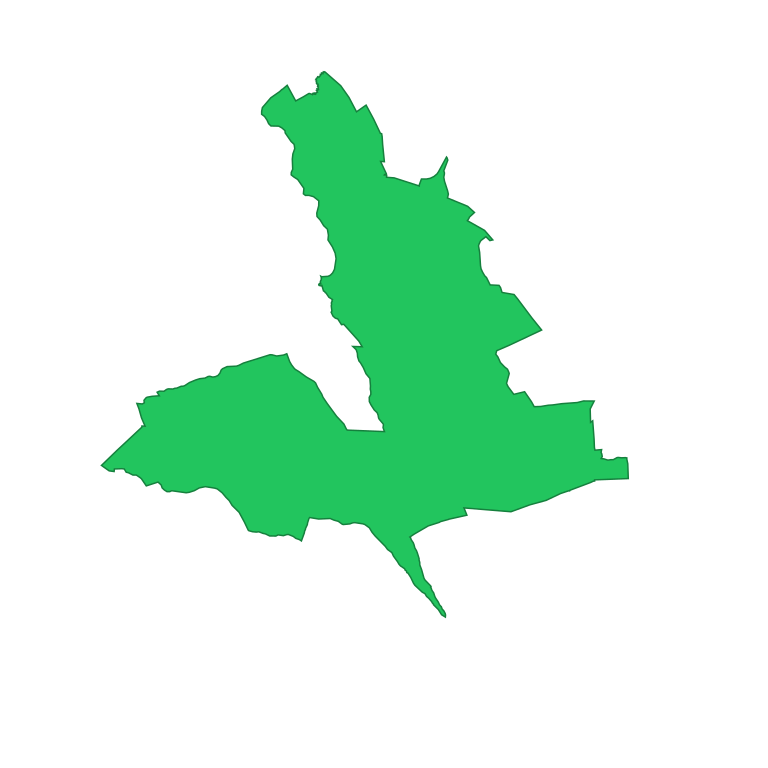 Cornu Luncii, Suceava, Romania, rotated 34°
{"feature_id": "2599482B28823747254243", "entity_name": "Cornu Luncii", "entity_type": "district", "adm_level": 2, "iso_a3": "ROU", "parent_name": "Romania", "parent_adm1": "Suceava", "projection": "natural_earth1", "projection_center": [26.137, 47.454], "detail": "fine", "context": "isolated", "style": "filled", "palette": "green", "viewbox_px": 768, "rotation_deg": 34, "n_neighbors": 0, "source": "geoboundaries", "source_scale": "gbopen_adm2", "svg_char_len": 6170}
<svg xmlns="http://www.w3.org/2000/svg" viewBox="0 0 768 768"><g transform="rotate(34 384 384)"><path d="M403.3,560.3L401.3,552.3L400.3,549.9L400.3,548.8L399.7,547.5L399.1,543.5L398.3,541.9L397.0,537.5L397.0,536.3L405.3,532.5L414.6,525.6L418.8,524.8L422.9,523.4L427.8,523.6L428.8,523.3L433.9,519.1L435.7,516.6L437.4,515.2L444.8,511.7L446.8,511.2L452.3,511.4L457.0,513.6L461.7,515.0L475.9,517.9L479.5,519.2L484.8,519.4L488.1,521.4L494.7,523.8L497.1,525.0L499.4,525.6L504.1,525.6L505.0,525.9L505.6,526.5L507.1,526.4L508.1,527.4L508.9,527.6L509.5,527.3L514.3,529.4L519.9,532.7L522.2,533.6L532.1,535.2L535.2,534.9L538.1,536.3L540.8,536.6L545.3,537.8L546.5,538.5L547.9,538.7L548.4,539.3L555.2,540.6L560.8,543.1L565.2,542.9L564.2,541.1L563.0,540.0L560.2,538.5L558.1,538.1L556.1,536.6L553.7,536.1L550.9,534.4L546.5,532.6L544.9,531.7L542.0,529.4L539.0,528.2L537.0,526.6L536.3,526.5L536.1,526.1L536.2,525.6L535.6,525.3L527.7,523.6L525.8,522.7L519.0,516.9L514.9,514.0L513.3,511.8L511.5,510.3L510.7,509.1L506.1,505.4L504.1,504.0L501.3,502.7L498.8,500.5L497.1,499.3L493.5,497.8L491.9,496.5L491.0,496.4L493.0,491.5L500.1,476.8L507.3,467.7L507.7,466.6L513.3,460.1L513.4,459.8L526.1,446.4L519.6,442.0L560.7,418.9L572.5,402.6L583.5,389.8L591.6,376.1L596.8,369.3L597.7,368.8L597.6,368.1L600.0,364.7L610.3,350.2L611.9,347.5L612.9,346.6L612.2,345.7L639.4,325.8L630.7,313.8L627.2,310.4L626.7,309.5L625.4,310.0L622.3,312.3L619.1,314.0L618.3,314.8L616.4,318.5L614.4,319.9L612.2,321.9L608.2,323.1L605.7,324.3L605.5,322.1L603.7,320.2L602.2,319.3L601.1,316.7L595.9,320.9L593.9,318.9L588.9,312.1L577.6,297.8L576.7,300.3L568.9,289.4L567.8,280.6L558.9,286.5L554.6,291.3L542.5,300.8L535.6,307.0L532.1,309.7L526.5,315.0L521.2,318.8L516.1,316.2L504.9,311.8L497.4,320.0L488.5,316.9L485.4,315.1L485.1,314.6L482.0,305.4L481.1,304.6L478.1,302.7L474.4,302.4L468.5,301.1L463.1,297.8L460.0,296.8L458.8,293.4L465.9,282.3L484.5,251.1L469.6,246.5L447.1,238.7L441.8,237.1L430.9,242.0L430.5,242.0L426.7,238.9L424.2,237.9L416.6,242.5L409.4,238.4L407.0,238.0L403.1,236.1L400.0,234.2L397.9,232.0L389.6,221.3L385.1,216.6L384.6,215.0L384.1,211.9L384.2,210.7L386.1,204.9L391.6,205.9L393.6,203.7L381.4,200.4L361.8,202.0L361.8,199.3L361.5,197.8L363.1,191.2L354.0,189.9L332.6,194.3L331.2,190.6L328.6,188.2L320.8,182.1L317.9,179.1L316.6,176.0L315.6,174.7L314.4,174.0L311.7,162.7L309.8,161.2L308.9,160.9L310.5,177.5L310.5,180.2L309.4,184.0L307.3,187.6L304.7,190.2L300.4,193.1L301.9,199.2L302.5,200.1L277.2,207.4L270.5,211.2L269.5,209.4L269.2,209.2L267.4,210.5L267.3,210.1L268.5,209.0L268.4,208.4L256.7,201.4L260.0,199.5L248.8,186.0L244.1,179.9L242.1,177.8L240.8,178.2L227.3,170.2L213.2,162.8L209.0,173.7L194.7,166.0L181.3,160.9L160.7,158.3L160.1,158.4L160.0,159.0L159.2,159.1L159.5,159.7L159.2,159.8L159.2,160.1L159.7,160.8L158.3,161.1L158.9,162.1L158.1,162.9L158.7,163.2L158.9,164.0L158.3,165.2L158.6,165.6L158.5,166.2L157.2,166.4L157.4,167.9L157.0,168.6L157.4,169.1L157.3,170.0L158.2,169.9L158.9,171.0L158.8,171.4L159.8,171.8L160.0,172.6L161.0,172.8L161.4,172.3L161.8,172.4L161.8,173.2L163.0,173.6L163.0,174.1L162.5,174.3L162.6,174.6L163.6,174.7L163.9,175.4L164.2,175.5L164.4,176.0L164.8,176.3L163.7,176.7L164.7,177.2L164.5,177.6L163.9,177.6L163.7,178.2L164.8,178.3L165.0,179.2L165.6,179.4L164.6,181.0L165.2,181.5L165.3,182.1L164.6,182.4L164.2,181.7L163.4,181.7L163.2,182.0L163.4,182.3L162.9,182.6L163.5,183.0L162.5,183.5L162.8,184.1L159.8,184.8L159.2,185.3L156.6,190.9L152.5,198.7L136.7,190.5L134.9,196.8L134.6,197.0L134.0,199.9L130.1,210.0L128.6,222.8L130.0,226.2L131.7,228.8L135.4,229.0L139.4,230.6L142.8,232.7L146.0,233.3L152.5,229.1L156.0,228.8L160.2,229.3L161.7,231.1L171.4,234.9L175.5,235.6L178.4,238.8L179.8,244.2L182.2,248.8L188.2,257.0L188.8,260.4L190.1,262.5L193.5,262.8L198.1,262.7L208.2,266.6L210.8,271.4L213.4,271.6L216.3,269.6L220.8,268.1L227.5,268.6L230.2,272.8L232.7,279.9L234.8,282.6L239.3,283.7L245.5,286.5L250.5,287.3L254.7,291.7L257.0,295.9L264.6,299.2L270.3,302.8L274.2,306.9L278.8,316.6L279.3,320.6L278.7,323.8L277.4,326.0L272.4,329.9L271.4,330.0L273.1,331.3L273.1,332.0L273.7,332.6L273.8,334.3L274.5,335.6L275.2,335.8L275.6,336.4L274.3,337.0L274.2,337.9L274.7,338.4L275.0,338.6L277.1,337.8L277.5,337.1L281.8,340.7L282.9,340.5L284.3,341.1L285.1,341.0L289.8,342.9L294.0,342.8L294.0,343.5L294.9,344.6L294.7,345.3L295.1,346.4L295.9,347.0L296.5,348.6L297.6,349.9L299.8,352.4L300.1,353.2L300.0,354.0L303.7,356.2L306.4,356.6L307.9,356.4L309.0,355.8L315.6,358.6L317.3,357.0L339.1,362.5L345.1,365.3L337.2,370.3L341.7,371.1L344.6,373.3L346.9,376.2L350.3,378.9L352.7,379.6L357.7,382.0L363.4,385.6L369.2,387.3L373.9,393.2L375.5,395.9L377.4,397.8L378.9,400.0L379.2,403.3L381.7,406.8L384.9,408.6L390.5,411.0L394.3,411.6L396.4,413.0L398.5,415.2L399.8,415.9L405.5,417.5L406.3,418.1L407.6,420.7L411.0,423.2L379.3,442.8L377.8,442.3L373.1,439.6L362.8,437.3L348.0,432.0L340.8,429.1L338.0,427.2L330.8,423.9L326.7,421.4L324.5,421.0L315.7,421.6L306.5,421.3L302.3,421.5L300.7,421.2L296.8,419.9L293.3,418.2L286.5,413.3L284.5,416.2L279.4,420.8L274.9,422.4L273.2,423.4L255.7,445.3L253.3,449.6L251.7,451.7L244.2,457.3L241.6,461.6L241.2,463.5L241.9,466.7L241.6,469.8L240.1,472.2L238.2,474.0L235.3,475.0L234.0,476.1L232.3,479.2L228.3,482.6L225.6,486.0L221.9,491.6L219.8,496.6L218.8,498.1L217.1,499.3L214.5,503.3L212.9,504.6L211.8,506.2L207.8,508.7L206.7,510.2L205.7,513.0L201.8,515.5L200.5,517.7L204.3,519.4L198.6,523.9L195.2,527.2L194.5,528.2L194.1,531.7L195.8,533.6L194.8,535.7L190.0,538.3L194.7,541.6L201.8,547.6L209.5,552.6L206.8,554.2L207.4,555.2L199.8,588.2L195.3,609.5L204.7,609.7L209.2,607.5L208.0,605.2L214.0,600.8L216.2,599.7L219.6,601.3L221.7,600.5L226.7,599.9L229.6,598.0L234.2,598.0L235.9,598.2L243.9,601.4L251.5,591.7L255.7,592.3L258.2,594.2L261.2,594.7L264.3,594.6L266.6,593.0L267.7,591.2L280.8,584.8L283.1,582.7L286.4,578.5L289.0,573.4L293.3,569.0L301.9,565.0L304.5,564.2L310.7,564.7L316.6,566.4L320.8,567.2L326.0,569.6L335.6,571.4L345.4,576.5L353.2,581.1L354.0,581.2L357.6,580.0L360.9,578.2L362.9,576.5L367.3,575.5L369.4,574.6L374.2,573.9L379.4,570.5L380.6,568.3L385.4,566.0L387.6,563.2L388.9,562.2L394.0,561.1L397.2,561.3L400.9,560.3L403.3,560.3Z" fill="#22c55e" stroke="#15803d" stroke-width="1.5"/></g></svg>